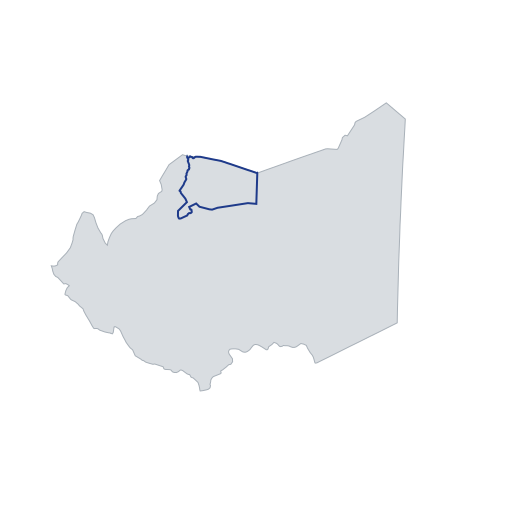 where Kanem sits in Chad, rotated 66°
{"feature_id": "TCD-1465", "entity_name": "Kanem", "entity_type": "Prefecture", "adm_level": 1, "iso_a3": "TCD", "parent_name": "Chad", "parent_adm1": "", "projection": "albers", "projection_center": [14.708, 15.037], "detail": "fine", "context": "in_parent", "style": "outline", "palette": "blue", "viewbox_px": 512, "rotation_deg": 66, "n_neighbors": 0, "source": "natural_earth", "source_scale": "10m", "svg_char_len": 5688}
<svg xmlns="http://www.w3.org/2000/svg" viewBox="0 0 512 512"><g transform="rotate(66 256 256)"><path d="M374.5,154.2L375.0,164.9L375.5,175.7L375.9,186.4L376.4,197.1L376.8,207.9L377.3,218.6L377.8,229.4L378.2,240.1L378.4,243.7L378.1,245.1L378.0,245.3L377.6,245.6L372.0,244.8L369.6,244.9L366.2,245.8L361.3,246.4L358.1,246.4L355.9,248.3L354.2,250.6L355.3,256.0L355.2,257.7L354.5,259.6L353.1,261.2L351.6,262.5L350.8,263.7L349.7,266.1L348.9,267.3L349.1,268.8L348.8,270.4L348.0,271.3L345.7,272.0L344.2,272.7L343.0,273.9L342.2,274.8L342.7,275.9L343.3,277.4L343.8,279.8L344.0,281.2L345.2,282.3L346.0,283.1L346.2,284.1L345.6,284.9L342.8,286.7L341.7,287.4L340.4,288.4L339.9,288.7L337.9,290.4L336.9,291.9L336.4,293.1L336.5,294.8L337.7,297.3L338.9,299.4L339.4,301.0L339.7,302.7L339.7,304.4L339.1,305.9L338.1,307.2L334.2,309.8L332.4,312.6L331.0,315.9L330.6,317.7L331.1,318.9L331.9,319.8L333.1,320.3L334.8,320.4L337.7,319.8L340.3,319.3L343.1,320.4L344.7,323.1L344.2,325.1L345.4,328.7L346.5,333.1L346.5,334.6L346.9,335.1L348.7,335.4L349.1,336.4L348.8,344.1L349.7,346.2L350.9,347.7L352.3,348.5L353.7,349.5L354.4,350.2L355.9,350.3L357.7,351.6L358.3,353.5L358.2,355.3L357.4,359.2L356.6,361.9L355.6,361.8L353.5,361.2L351.0,360.7L347.9,360.4L345.0,361.6L341.8,363.0L340.9,364.1L340.0,364.7L338.6,364.7L337.3,364.9L336.7,365.9L335.5,367.0L331.0,369.5L330.1,370.3L329.5,371.1L329.5,372.0L330.1,373.8L330.1,376.1L329.2,378.0L328.0,379.3L326.7,379.8L325.5,380.1L324.8,380.9L322.6,385.2L321.5,386.0L319.4,385.9L313.5,392.4L313.0,394.2L310.8,396.9L308.1,399.9L305.6,401.4L305.4,401.9L304.8,402.5L303.3,403.2L298.0,406.9L291.5,406.9L288.7,408.3L285.9,409.0L281.9,409.8L280.7,409.8L275.5,410.2L269.4,410.2L267.0,410.7L264.9,412.1L263.3,413.3L263.0,413.7L263.3,414.2L263.2,414.6L267.6,417.4L268.7,418.8L267.6,420.2L267.1,420.4L267.0,420.5L266.4,421.6L263.9,425.0L260.2,428.9L258.2,430.0L257.5,430.8L256.5,433.3L255.9,433.7L253.2,434.1L248.0,434.5L240.9,435.4L236.5,435.7L233.9,435.5L230.1,437.4L228.8,437.8L227.9,438.0L224.2,439.7L221.1,442.4L220.0,443.0L215.7,444.1L214.0,446.0L213.2,446.1L210.3,443.8L208.4,441.6L207.4,439.4L207.3,438.7L206.8,438.8L205.3,439.8L203.9,440.9L203.3,443.0L198.8,444.5L195.0,445.8L193.2,447.3L190.5,448.1L187.0,447.8L184.3,447.2L181.7,447.0L182.9,445.1L183.4,443.6L183.5,441.9L183.3,440.7L181.8,440.1L180.8,439.1L178.5,433.6L176.2,427.9L172.9,422.2L169.3,418.7L166.7,416.5L165.9,416.2L164.6,415.5L163.7,414.9L159.0,411.0L154.1,406.7L152.8,404.8L150.4,401.9L147.7,398.8L146.3,397.5L145.6,395.0L147.5,392.8L149.5,389.9L152.0,388.1L155.2,388.0L160.4,388.7L166.1,389.0L171.7,388.4L173.2,388.0L174.6,388.0L177.7,388.7L182.9,388.5L185.7,387.4L182.7,385.4L179.6,382.4L176.6,379.0L174.8,375.9L173.2,372.0L171.6,367.1L170.7,360.8L170.8,357.2L171.3,354.7L172.9,350.5L171.8,348.1L172.1,346.1L171.9,343.2L171.4,341.7L169.3,336.8L168.9,336.3L167.1,333.0L166.3,327.3L164.3,323.6L161.1,321.8L159.2,319.7L158.6,315.8L157.3,314.8L152.2,313.5L147.9,313.4L144.8,309.1L140.9,303.5L137.2,298.3L134.9,287.9L133.6,281.9L135.2,280.1L138.2,275.9L142.1,267.8L150.8,255.4L155.2,249.0L164.0,239.4L174.7,227.6L180.8,221.0L181.7,208.9L182.7,196.2L183.4,186.5L184.3,175.1L185.1,165.6L185.7,158.6L186.5,148.8L187.2,146.9L191.3,139.2L191.6,138.1L190.8,136.8L184.9,130.3L183.0,128.9L181.9,125.5L183.4,123.6L176.3,112.6L174.5,111.3L173.8,109.9L173.7,108.0L173.5,100.4L171.6,88.5L169.1,74.7L177.4,70.7L183.7,67.7L191.6,63.9L199.1,67.7L209.9,73.3L220.7,78.8L231.5,84.4L242.4,89.9L253.2,95.3L264.1,100.8L275.1,106.2L286.0,111.7L297.0,117.0L308.0,122.4L319.0,127.8L330.1,133.1L341.2,138.4L352.3,143.7L363.4,149.0L374.5,154.2Z" fill="#d9dde1" stroke="#a8b0b8" stroke-width="1"/><path d="M137.4,278.6L137.8,278.6L138.5,277.9L138.7,277.5L138.8,277.0L138.6,276.1L138.3,275.7L138.2,275.6L138.3,275.5L138.8,275.2L139.5,274.3L139.8,274.1L140.2,274.0L140.7,274.0L141.0,273.8L141.3,273.2L141.2,272.7L140.9,271.7L140.8,271.2L140.8,270.7L141.0,270.2L141.3,269.5L142.1,267.9L142.7,266.6L143.4,265.6L144.1,264.6L144.8,263.6L145.5,262.7L146.2,261.7L146.9,260.7L147.6,259.7L148.3,258.7L149.0,257.8L149.7,256.8L150.4,255.8L151.1,254.8L151.8,253.8L152.4,252.9L153.1,251.9L153.8,250.9L154.5,249.9L155.2,249.0L156.5,247.6L157.8,246.1L158.7,245.2L160.0,243.8L161.3,242.3L162.6,240.9L163.9,239.5L165.2,238.1L166.5,236.7L167.8,235.3L169.1,233.9L170.4,232.5L171.7,231.1L173.0,229.7L174.3,228.3L175.6,226.8L176.9,225.4L178.2,224.0L179.5,222.6L180.3,221.8L180.6,221.3L180.6,221.1L181.0,221.2L208.5,234.5L204.4,241.9L199.3,260.6L196.3,271.5L195.8,277.2L194.4,279.6L188.0,287.6L183.7,289.3L184.0,297.1L186.7,297.1L186.8,297.0L186.9,296.9L187.5,296.3L187.5,296.2L187.8,296.2L188.1,296.3L188.6,296.5L189.1,296.6L189.6,296.8L189.8,296.9L189.9,297.0L190.0,297.3L190.1,297.6L190.2,298.2L190.2,298.4L190.1,298.7L189.7,299.4L189.6,299.6L189.6,299.8L189.9,300.6L189.9,300.9L190.1,301.2L190.1,301.3L190.3,301.6L190.8,302.1L191.0,302.3L191.0,302.7L191.1,309.2L191.0,309.8L190.7,310.7L190.4,311.1L189.9,311.2L188.2,311.1L187.4,310.9L183.1,308.9L178.7,297.2L174.9,297.2L167.9,299.0L167.7,299.0L166.6,298.7L166.4,298.7L166.2,298.8L165.6,299.2L165.3,299.3L165.1,299.1L161.6,293.4L160.9,292.6L160.0,291.8L159.7,291.5L157.7,288.7L157.4,288.4L157.1,288.3L156.8,288.3L155.3,288.1L155.1,288.1L154.8,287.9L154.6,287.7L154.0,286.7L153.7,286.4L152.6,286.1L152.3,285.8L151.0,284.3L150.2,283.9L150.0,283.7L149.9,283.6L149.8,283.3L149.7,282.2L149.5,281.9L149.4,281.8L149.2,281.7L149.1,281.8L149.0,281.7L148.6,281.1L148.4,281.0L148.2,281.0L148.0,280.9L147.1,280.9L146.9,280.8L146.7,280.7L146.4,280.3L145.4,279.9L141.5,279.7L141.3,279.6L141.2,279.4L140.9,279.0L140.6,278.8L140.4,278.7L140.0,278.7L137.5,278.7L137.4,278.6Z" fill="none" stroke="#1e3a8a" stroke-width="2"/></g></svg>